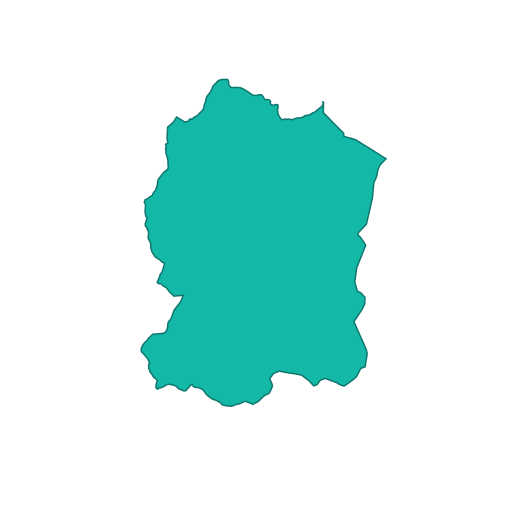 Plescuta, Arad, Romania (Albers equal-area conic projection), rotated 49°
{"feature_id": "2599482B61695336693278", "entity_name": "Plescuta", "entity_type": "district", "adm_level": 2, "iso_a3": "ROU", "parent_name": "Romania", "parent_adm1": "Arad", "projection": "albers", "projection_center": [22.429, 46.276], "detail": "fine", "context": "isolated", "style": "filled", "palette": "teal", "viewbox_px": 512, "rotation_deg": 49, "n_neighbors": 0, "source": "geoboundaries", "source_scale": "gbopen_adm2", "svg_char_len": 4708}
<svg xmlns="http://www.w3.org/2000/svg" viewBox="0 0 512 512"><g transform="rotate(49 256 256)"><path d="M365.9,355.8L365.9,355.6L366.1,354.8L366.3,353.8L366.7,352.2L367.3,350.0L367.1,346.7L366.9,341.1L368.2,336.5L367.2,333.2L364.9,328.8L362.3,327.6L357.6,326.2L356.1,319.9L358.2,313.9L360.4,312.2L365.8,308.0L367.1,306.8L369.6,304.6L375.8,299.7L382.0,298.5L384.5,297.9L391.9,297.6L393.2,294.3L391.9,288.9L393.8,284.1L404.3,278.3L406.3,277.7L408.3,277.0L411.9,274.9L412.5,270.4L413.0,264.5L413.1,259.4L410.5,253.1L409.9,251.6L409.5,250.8L409.6,250.6L410.8,247.5L411.2,246.3L402.8,236.3L400.0,234.7L398.9,234.1L383.8,229.5L381.3,228.7L369.8,225.2L366.2,211.9L363.6,205.5L358.7,200.9L352.2,201.1L349.1,202.6L340.4,198.5L330.9,187.6L319.9,166.2L315.3,165.4L310.1,164.9L307.0,165.2L305.6,163.7L304.4,151.8L294.9,138.7L288.3,129.7L278.0,119.1L276.2,114.9L274.4,111.7L273.1,110.1L270.8,107.3L268.7,102.6L267.9,94.0L265.1,95.0L257.2,97.3L233.1,104.7L232.0,105.5L223.4,111.2L220.8,109.3L210.1,110.1L191.9,111.1L186.5,106.2L185.1,104.9L184.5,104.4L183.0,104.4L183.2,104.5L183.4,104.7L183.9,104.8L184.5,105.0L185.2,105.4L185.5,105.6L185.4,105.8L185.7,106.3L185.9,106.8L186.1,107.3L186.2,107.6L186.2,108.1L186.2,108.6L186.0,115.4L186.1,116.5L185.7,118.2L185.3,119.0L184.9,120.9L184.9,121.7L184.6,122.9L184.0,124.2L183.2,125.3L182.2,126.9L182.3,127.4L182.0,128.7L181.8,129.7L181.4,130.9L181.0,131.8L180.5,132.4L179.2,133.7L178.1,136.0L176.7,139.5L176.1,140.1L174.5,141.1L173.1,142.9L171.8,144.1L170.9,145.9L170.5,146.9L168.9,147.1L167.4,147.2L166.1,146.9L164.4,146.5L162.5,145.7L161.0,144.7L160.1,144.3L158.3,141.8L157.3,141.0L156.3,140.5L155.7,140.6L154.9,141.5L154.0,143.2L153.4,144.1L152.1,145.1L150.7,145.2L149.6,144.6L149.1,143.7L148.1,143.5L147.2,143.6L146.0,144.1L145.4,144.6L145.0,145.3L144.4,146.1L144.0,146.4L143.3,146.6L142.4,146.6L141.3,146.2L139.6,146.0L138.9,145.9L138.0,146.2L137.0,146.9L136.1,148.3L135.1,150.2L134.1,151.5L132.8,152.7L131.6,153.2L129.2,153.8L126.6,154.4L124.2,155.2L120.7,156.3L118.5,157.6L116.6,159.5L115.1,161.2L114.1,162.3L113.3,163.5L112.4,164.1L110.8,164.4L109.2,164.3L108.2,163.8L107.4,162.9L104.4,161.6L103.9,161.8L102.5,163.4L101.4,164.7L99.9,166.8L99.1,168.9L98.9,170.4L99.3,173.2L99.4,175.9L99.7,177.2L100.4,178.6L101.4,180.4L102.5,183.5L102.8,184.8L102.9,186.5L104.0,189.8L106.3,192.7L107.7,195.5L108.7,196.7L110.4,199.1L111.0,200.9L111.3,206.2L111.6,207.9L111.1,210.1L110.6,212.3L111.0,213.5L110.6,214.2L110.5,214.5L110.5,214.8L109.9,215.1L109.8,215.7L109.3,216.3L109.3,217.2L110.1,217.8L110.2,218.2L109.6,219.0L109.0,220.3L108.7,221.0L108.3,221.6L108.2,221.8L99.0,224.8L100.8,230.4L100.8,238.2L109.2,246.3L113.0,248.5L112.7,249.8L112.3,250.9L112.6,251.2L113.6,251.5L114.1,251.7L114.4,252.1L115.4,253.5L119.5,256.6L123.3,258.2L126.2,259.8L128.5,261.8L132.2,264.6L132.5,266.4L132.4,270.9L133.2,275.4L134.0,279.2L135.4,281.6L137.2,283.3L138.7,285.5L139.8,287.5L140.6,288.8L140.8,291.3L141.5,293.2L142.2,294.7L141.6,298.5L141.7,299.8L140.8,302.8L141.7,304.3L142.2,305.1L144.9,305.7L147.4,308.3L150.1,310.9L153.5,313.0L155.9,313.2L157.0,315.1L159.1,318.6L160.9,319.8L162.5,319.8L165.2,320.6L167.1,321.2L169.1,322.8L170.9,325.0L173.0,326.2L175.2,326.4L178.5,327.9L180.7,330.0L184.5,331.8L187.2,332.2L190.7,332.7L196.3,331.0L199.4,330.9L201.4,329.5L204.4,334.0L206.4,337.3L207.0,340.3L208.2,342.0L211.1,347.9L213.0,347.7L214.7,345.9L217.4,345.8L220.7,344.6L223.1,344.5L225.3,344.9L232.4,344.3L238.0,336.6L241.1,342.9L243.1,353.2L245.0,356.7L247.0,360.1L247.9,362.6L248.1,365.0L249.1,366.7L251.6,369.3L252.9,371.1L254.1,374.4L253.8,376.3L252.5,378.1L251.6,379.4L249.1,382.8L247.3,385.3L247.4,387.3L247.5,390.3L248.3,394.0L248.3,397.0L249.1,400.4L250.9,403.8L252.3,404.7L253.2,405.2L257.0,405.0L260.5,405.1L262.5,405.1L264.2,405.7L266.1,406.1L267.3,406.6L267.2,407.8L268.2,409.0L270.1,410.3L271.5,411.2L272.8,411.2L273.7,412.0L275.5,412.1L277.4,412.2L280.1,412.8L284.1,412.1L285.4,412.4L286.1,413.5L287.1,415.3L287.3,415.5L289.0,417.3L290.1,417.9L290.2,418.0L292.1,417.4L291.7,416.7L292.0,415.6L293.0,414.5L293.9,411.5L294.6,408.0L294.9,406.6L297.5,404.4L300.7,402.1L302.8,401.6L304.4,401.5L305.6,401.5L306.4,401.0L308.1,400.0L309.7,399.5L311.0,398.5L311.6,397.1L310.6,389.9L310.6,389.0L311.1,388.6L312.3,388.9L313.8,388.7L315.0,388.3L315.8,387.7L316.7,386.3L320.1,384.5L322.5,383.8L324.0,383.9L325.5,384.0L326.7,384.2L328.3,384.2L330.3,384.0L333.2,383.4L335.9,382.6L339.3,380.4L340.4,380.2L343.1,379.2L343.7,378.9L344.3,379.0L345.4,379.3L346.6,378.8L349.7,376.6L351.0,375.3L352.3,374.0L353.5,372.8L354.1,371.0L355.0,368.3L356.7,365.6L357.5,362.7L358.4,359.7L358.9,359.3L362.8,357.1L364.1,356.4L364.4,356.3L365.9,355.8Z" fill="#14b8a6" stroke="#0f766e" stroke-width="1.5"/></g></svg>